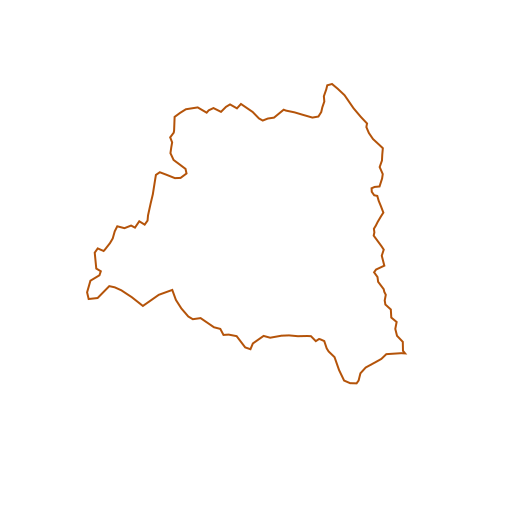 Vina, Adamaoua, Cameroon (Equal Earth projection), rotated 148°
{"feature_id": "32672807B59264134581656", "entity_name": "Vina", "entity_type": "district", "adm_level": 2, "iso_a3": "CMR", "parent_name": "Cameroon", "parent_adm1": "Adamaoua", "projection": "equal_earth", "projection_center": [13.667, 7.236], "detail": "fine", "context": "isolated", "style": "outline", "palette": "amber", "viewbox_px": 512, "rotation_deg": 148, "n_neighbors": 0, "source": "geoboundaries", "source_scale": "gbopen_adm2", "svg_char_len": 2224}
<svg xmlns="http://www.w3.org/2000/svg" viewBox="0 0 512 512"><g transform="rotate(148 256 256)"><path d="M188.2,392.9L193.9,391.3L197.7,398.3L202.4,398.4L209.3,396.8L213.7,404.0L218.9,404.6L221.9,403.7L226.7,412.9L237.7,417.6L244.5,417.6L251.3,417.1L258.9,405.9L260.4,404.2L265.9,402.1L266.9,396.8L270.4,392.9L274.1,388.5L274.2,387.5L275.0,381.1L269.6,367.2L271.2,362.8L278.6,362.2L283.5,365.0L289.0,372.5L293.2,378.0L297.9,377.8L300.9,374.4L310.8,363.0L317.5,356.4L326.1,347.6L329.2,343.5L333.8,341.6L336.6,347.3L343.6,344.2L345.8,348.0L352.8,349.3L357.9,354.7L362.7,351.8L368.2,346.8L373.0,344.3L381.0,341.4L382.6,341.0L386.2,346.3L391.0,344.3L398.1,330.0L395.7,325.3L399.0,322.6L409.5,322.8L418.5,314.7L420.7,308.2L412.6,304.3L396.4,308.2L392.4,304.3L390.8,301.9L388.4,298.3L385.7,292.4L383.2,287.0L378.4,273.6L368.4,274.1L359.0,274.6L345.0,271.6L346.7,263.6L347.2,261.2L347.1,251.1L345.5,240.6L343.1,235.9L335.9,232.7L329.4,217.8L328.7,217.1L324.9,213.1L325.4,206.3L320.8,203.8L314.9,198.3L313.6,184.2L310.1,179.9L305.0,183.5L291.9,184.2L287.3,179.2L276.6,174.9L270.1,171.2L263.0,165.8L255.1,161.1L251.9,158.9L250.4,152.1L246.5,152.2L245.5,151.1L243.2,147.7L245.0,140.2L245.0,136.6L243.0,128.6L246.0,115.3L247.3,103.7L243.6,98.3L238.2,94.7L235.0,96.0L229.6,101.2L222.1,103.3L206.6,102.4L204.2,102.3L197.5,103.7L184.3,96.6L181.2,94.4L181.6,97.7L177.0,105.4L178.7,113.6L176.5,120.4L171.7,125.5L173.9,132.1L170.0,139.2L172.0,146.3L170.4,150.1L166.5,154.3L166.2,157.6L165.3,160.2L166.1,169.4L164.1,173.8L164.5,179.6L161.4,180.9L152.3,179.8L149.2,189.6L144.3,193.7L144.4,197.9L145.4,210.9L143.1,213.3L141.6,216.6L138.4,218.2L134.6,220.5L129.0,223.4L125.0,225.3L123.7,231.9L122.7,237.8L121.3,242.7L123.6,244.9L123.8,249.1L122.1,252.2L118.8,251.7L114.4,249.5L108.0,254.9L105.1,258.3L104.0,265.9L98.6,270.2L95.1,275.2L91.3,280.2L94.8,293.2L95.1,300.5L94.1,306.8L92.6,308.5L91.6,309.5L93.4,318.5L95.0,329.6L95.7,345.4L98.1,354.6L100.4,361.6L105.1,363.0L108.2,360.0L110.2,358.4L113.8,355.5L116.2,350.8L120.9,347.0L124.4,343.5L129.2,341.2L134.8,343.5L141.1,350.5L147.2,357.4L153.6,363.5L155.0,365.4L167.4,363.8L173.1,366.3L178.5,367.3L180.6,371.1L182.5,379.9L188.2,392.9Z" fill="none" stroke="#b45309" stroke-width="2"/></g></svg>